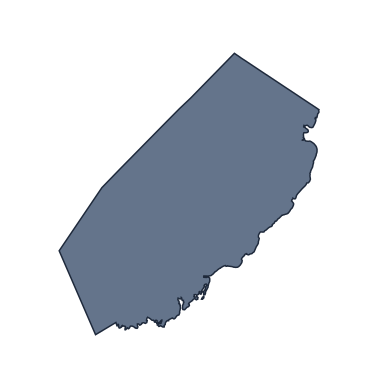 outline of West Kwaio, Malaita, Solomon Islands, rotated 256°
{"feature_id": "97153195B63477576504683", "entity_name": "West Kwaio", "entity_type": "district", "adm_level": 2, "iso_a3": "SLB", "parent_name": "Solomon Islands", "parent_adm1": "Malaita", "projection": "albers", "projection_center": [160.814, -9.033], "detail": "fine", "context": "isolated", "style": "filled", "palette": "slate", "viewbox_px": 384, "rotation_deg": 256, "n_neighbors": 0, "source": "geoboundaries", "source_scale": "gbopen_adm2", "svg_char_len": 5752}
<svg xmlns="http://www.w3.org/2000/svg" viewBox="0 0 384 384"><g transform="rotate(256 192 192)"><path d="M80.5,86.8L80.8,87.8L81.5,88.3L81.3,88.6L79.6,88.4L79.2,88.0L78.9,88.3L78.0,88.3L77.6,88.5L77.5,89.3L77.8,90.2L78.1,90.3L78.0,90.9L78.3,91.1L78.4,91.3L79.1,91.5L79.4,92.1L78.5,92.6L78.6,93.3L78.4,93.5L77.7,94.8L77.3,94.9L76.7,94.4L76.3,94.4L76.0,94.1L74.8,93.7L74.4,93.8L74.5,94.5L74.9,94.9L75.2,95.8L75.7,96.0L75.9,96.4L75.8,96.6L75.3,96.7L74.7,97.2L74.7,97.5L75.3,98.5L76.7,99.7L76.7,100.3L76.1,102.0L75.7,102.3L75.5,102.8L74.0,103.8L73.9,104.3L73.6,104.4L73.7,104.7L73.2,105.1L73.0,105.9L73.5,106.5L74.4,106.9L75.4,106.7L77.2,107.1L77.0,108.1L76.3,108.7L75.6,108.9L75.4,109.2L75.8,110.6L76.1,111.1L76.7,111.4L76.6,111.8L77.0,112.6L76.9,113.5L75.8,114.9L76.2,116.5L78.0,117.4L78.2,116.8L78.6,116.8L80.2,117.6L80.9,118.2L81.2,118.7L80.8,118.9L80.4,119.7L79.7,120.1L79.4,120.6L77.3,122.1L77.0,122.7L76.9,123.6L75.6,124.1L75.0,124.1L74.7,124.4L74.6,124.8L76.3,125.5L76.1,126.6L75.3,127.1L74.6,126.7L74.1,126.0L73.1,126.0L73.2,127.0L73.2,127.7L73.6,128.8L73.6,129.7L74.5,130.5L74.8,131.1L75.1,131.4L75.0,131.8L73.6,131.2L72.7,130.4L72.0,130.1L71.9,129.7L72.2,128.7L72.0,127.5L71.4,126.2L71.1,126.5L71.2,126.8L70.7,126.8L69.6,127.3L69.5,128.2L69.9,128.7L69.8,129.3L68.2,130.8L68.1,131.3L67.7,132.2L67.9,132.5L69.2,132.7L69.8,133.9L71.4,134.5L72.3,135.4L73.0,136.4L73.2,137.5L72.8,137.6L72.8,138.2L73.4,138.2L73.7,138.8L74.5,142.4L74.3,142.8L74.0,142.8L73.5,143.3L73.2,143.9L73.3,144.4L73.6,145.1L75.4,147.2L75.9,148.5L75.8,149.4L76.2,149.8L77.8,150.9L78.1,150.8L79.1,151.1L80.2,151.8L81.9,152.5L82.1,152.8L83.6,152.8L84.6,153.3L85.0,153.3L85.5,152.7L86.0,152.6L86.1,153.0L86.6,153.0L87.2,152.3L88.1,152.9L89.1,152.9L89.4,152.8L89.7,152.5L90.2,152.6L90.9,152.2L92.4,152.8L92.1,153.3L91.2,154.3L91.0,155.0L91.3,155.6L92.2,156.0L91.5,156.4L90.8,156.0L90.0,156.3L89.4,156.2L89.2,156.3L88.9,157.4L88.3,157.1L87.1,157.5L86.6,157.2L86.4,156.7L85.3,156.6L85.0,156.0L83.4,155.1L82.8,155.1L81.7,154.7L80.6,154.6L80.1,154.8L79.9,155.6L79.6,155.9L79.6,156.5L81.1,158.8L81.5,159.7L81.6,160.9L82.5,162.0L83.8,162.1L84.3,161.6L84.9,162.1L85.9,164.2L86.0,164.8L86.5,165.6L86.5,166.2L86.9,166.4L87.6,167.4L87.8,168.5L87.7,169.0L86.4,170.0L86.3,170.4L86.7,171.3L86.6,171.6L86.8,171.8L87.4,171.8L88.1,172.3L89.3,171.6L89.6,171.0L89.2,170.5L89.3,169.0L89.7,168.6L90.2,168.6L90.4,169.0L91.7,169.2L91.8,170.2L91.1,171.3L90.3,171.4L90.2,171.7L90.7,171.9L91.1,172.7L91.0,173.2L91.1,173.5L92.7,174.6L93.3,174.7L93.5,175.3L93.0,175.4L92.4,174.9L91.6,174.9L90.7,175.8L90.7,176.1L91.2,176.4L92.3,177.6L92.8,176.8L93.1,176.9L93.5,177.8L94.2,177.8L95.5,179.4L96.7,180.4L97.1,181.1L98.3,181.1L98.6,181.7L99.1,181.8L99.3,182.8L99.1,183.8L98.6,184.0L97.9,183.8L97.2,182.7L96.8,182.7L96.5,182.3L94.0,180.9L93.0,179.7L92.8,179.1L91.2,179.0L89.4,178.4L89.2,179.0L89.2,179.7L90.5,180.6L91.4,180.8L92.3,181.4L93.5,182.5L93.7,182.4L93.8,182.8L94.3,183.2L94.5,183.5L94.9,183.6L95.5,184.4L96.2,184.6L99.1,186.1L101.1,187.6L102.9,188.1L104.2,188.3L105.2,187.6L105.7,186.4L105.8,185.5L105.6,185.3L106.4,182.8L106.9,182.8L107.7,183.2L106.5,187.3L106.3,190.2L107.4,192.8L107.9,193.3L108.3,194.2L109.1,195.1L109.0,195.4L109.6,196.9L110.5,198.5L111.3,200.6L111.2,201.1L111.5,201.4L112.4,204.3L112.6,206.3L112.5,206.7L111.7,207.0L111.5,208.0L111.8,208.6L111.3,209.3L109.9,212.9L108.9,214.4L108.8,215.0L108.3,216.0L108.0,218.0L108.3,219.2L109.5,221.2L111.4,223.2L113.2,224.1L114.0,224.0L114.5,223.7L115.4,224.0L116.8,225.8L117.6,227.4L118.1,227.6L118.2,228.0L118.6,228.2L118.9,229.0L119.0,229.8L118.4,229.9L118.4,230.4L117.7,230.9L117.4,231.3L117.4,232.3L117.8,233.2L117.7,235.2L118.5,236.5L118.7,237.4L119.2,238.0L123.3,241.1L125.2,243.1L126.5,244.1L127.4,244.2L130.6,246.0L131.2,245.9L132.1,245.5L134.2,246.1L136.5,248.3L136.6,249.0L135.9,251.4L135.9,252.3L136.7,253.0L137.2,254.8L138.7,257.5L139.2,258.9L139.3,260.5L139.5,261.2L140.1,261.8L140.7,261.8L141.5,263.1L142.0,264.4L142.8,264.9L143.5,265.6L143.6,265.8L143.3,266.3L143.6,267.1L145.2,269.1L145.5,270.2L147.7,273.8L147.5,274.3L147.8,275.2L147.6,275.8L147.8,276.8L147.8,278.8L148.1,280.1L148.6,280.4L148.7,280.9L150.2,282.7L151.1,283.4L152.3,285.4L154.3,287.0L155.4,287.6L156.4,287.8L158.4,286.9L159.4,286.8L159.4,286.6L160.1,286.9L160.5,287.3L161.2,288.4L161.5,288.5L160.9,289.0L160.6,289.6L160.4,290.3L160.6,290.8L161.4,291.5L163.4,292.6L164.8,294.2L168.6,299.8L170.7,303.4L171.7,304.6L172.9,305.4L172.8,307.2L174.0,308.8L175.8,310.0L179.2,310.3L180.2,310.8L181.6,310.9L182.5,311.8L183.4,312.1L185.0,313.3L187.0,315.0L189.8,316.3L190.7,316.9L192.1,317.3L192.6,317.2L193.9,318.7L197.5,321.3L199.2,322.0L199.4,322.3L200.7,323.0L203.3,323.7L205.6,323.6L207.0,323.2L209.6,321.9L211.9,319.9L212.9,318.7L213.1,317.0L214.0,314.7L214.3,314.4L215.7,313.9L215.4,312.5L215.4,312.0L215.7,311.6L215.8,311.7L215.9,312.7L216.5,313.5L216.9,313.4L216.7,313.7L216.8,313.9L217.7,313.5L220.8,314.0L222.4,314.8L222.4,315.3L221.9,316.8L221.9,318.5L222.1,319.0L222.7,319.5L223.7,319.6L224.6,319.4L226.4,317.7L227.6,317.3L227.9,317.1L227.7,316.5L227.8,316.3L228.9,316.3L229.5,316.8L229.0,317.1L228.8,317.4L229.0,318.6L229.0,319.8L228.2,320.6L226.6,321.6L226.2,322.1L225.5,323.7L225.5,324.8L225.9,325.3L229.0,328.0L231.2,329.4L232.5,329.7L232.9,329.7L233.3,329.1L234.1,329.5L234.4,329.8L234.4,330.2L234.0,330.2L233.8,330.9L234.2,331.3L237.6,333.0L238.1,333.9L238.6,334.4L239.8,334.7L240.7,334.6L241.2,335.1L309.8,272.4L316.3,266.7L283.4,213.3L275.9,200.0L266.8,185.0L231.5,127.3L218.0,105.6L167.1,48.9L76.9,63.9L83.8,86.6L80.5,86.8ZM87.8,177.9L87.6,177.4L87.2,177.8L87.1,177.7L87.5,177.2L87.3,176.7L86.6,176.1L86.3,175.7L85.7,175.3L85.4,176.3L86.0,177.0L86.2,177.6L87.2,178.2L87.6,178.2L87.8,177.9Z" fill="#64748b" stroke="#1e293b" stroke-width="1.5"/></g></svg>